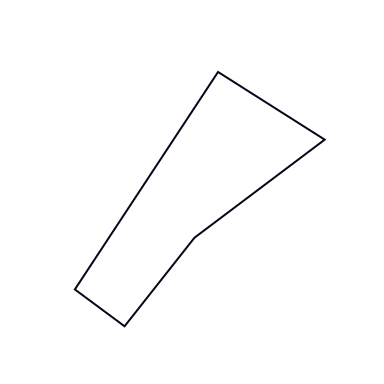 Qina City, Qina, Egypt, rotated 251°
{"feature_id": "37247803B94417968817411", "entity_name": "Qina City", "entity_type": "district", "adm_level": 2, "iso_a3": "EGY", "parent_name": "Egypt", "parent_adm1": "Qina", "projection": "orthographic", "projection_center": [32.757, 26.178], "detail": "fine", "context": "isolated", "style": "outline", "palette": "ink", "viewbox_px": 384, "rotation_deg": 251, "n_neighbors": 0, "source": "geoboundaries", "source_scale": "gbopen_adm2", "svg_char_len": 235}
<svg xmlns="http://www.w3.org/2000/svg" viewBox="0 0 384 384"><g transform="rotate(251 192 192)"><path d="M297.0,255.7L138.0,49.5L87.0,84.5L148.0,179.5L198.3,334.5L297.0,255.7Z" fill="none" stroke="#020617" stroke-width="2"/></g></svg>